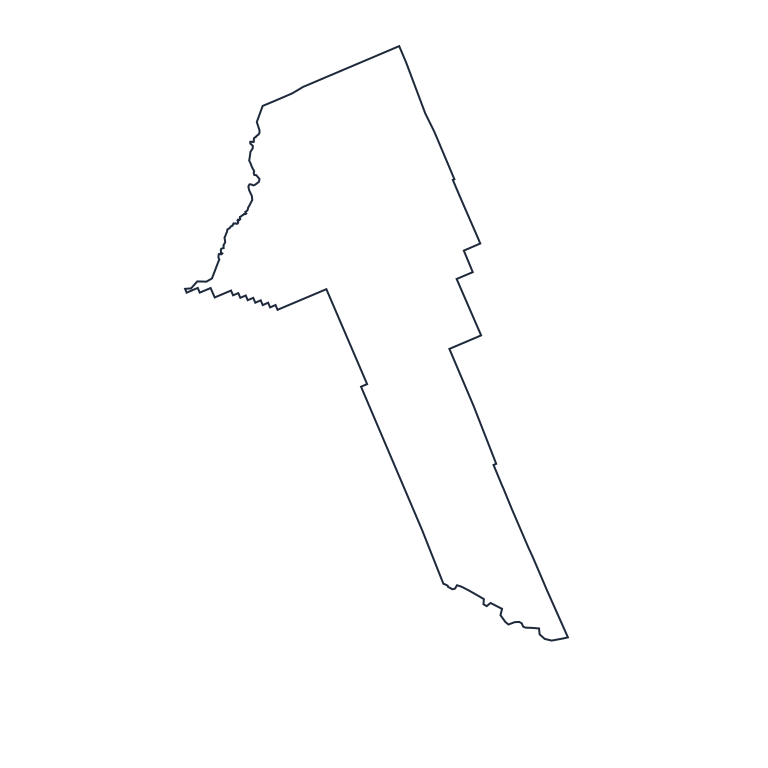 Gallatin, Montana, United States of America (Robinson projection), rotated 337°
{"feature_id": "52423323B38273154408522", "entity_name": "Gallatin", "entity_type": "district", "adm_level": 2, "iso_a3": "USA", "parent_name": "United States of America", "parent_adm1": "Montana", "projection": "robinson", "projection_center": [-111.391, 45.336], "detail": "fine", "context": "isolated", "style": "outline", "palette": "slate", "viewbox_px": 768, "rotation_deg": 337, "n_neighbors": 0, "source": "geoboundaries", "source_scale": "gbopen_adm2", "svg_char_len": 2532}
<svg xmlns="http://www.w3.org/2000/svg" viewBox="0 0 768 768"><g transform="rotate(337 384 384)"><path d="M530.0,78.9L470.2,78.9L450.6,78.9L425.6,78.9L413.1,80.6L392.7,80.7L381.0,80.6L369.3,93.1L368.5,101.9L367.5,104.2L366.8,104.7L366.3,105.2L365.2,105.5L364.4,105.7L363.4,106.0L362.6,106.3L362.3,106.7L361.9,106.7L361.2,106.6L360.4,106.9L359.4,108.6L359.2,109.5L358.7,109.9L358.5,110.3L357.9,110.1L357.2,109.6L356.7,109.3L356.2,108.9L355.5,108.8L355.3,109.1L354.9,110.4L356.3,113.6L355.2,115.8L351.8,118.1L349.5,122.0L347.2,125.7L347.4,129.1L347.2,131.8L347.4,135.3L347.7,137.2L346.5,138.9L346.3,141.0L348.0,141.8L349.5,146.7L347.9,149.0L345.3,149.7L342.7,150.3L341.3,150.1L339.5,148.2L338.1,147.7L336.4,149.1L336.0,150.5L335.6,153.4L335.7,155.9L335.8,159.5L334.6,163.2L332.2,165.1L330.0,167.0L327.8,168.6L326.7,170.3L325.4,171.1L323.6,171.4L323.6,172.6L323.8,173.2L323.0,173.5L322.5,173.1L321.5,172.8L321.0,173.3L319.8,173.3L317.7,173.9L316.7,173.9L316.1,175.1L316.1,176.1L314.5,176.6L314.3,175.9L313.7,175.7L313.0,176.2L313.1,176.9L312.9,178.3L312.1,179.1L311.0,179.0L310.3,178.2L309.0,178.0L308.4,177.4L307.2,178.1L306.5,179.1L304.6,179.1L303.0,180.1L300.2,180.6L299.0,182.5L297.3,184.1L295.9,185.6L294.3,187.1L293.9,189.1L293.3,191.3L291.8,192.6L290.3,193.7L290.2,194.7L289.6,195.6L289.5,196.2L288.7,196.1L287.1,195.9L286.3,196.6L285.3,199.1L285.8,199.8L286.2,200.6L285.0,201.1L284.3,200.7L284.0,200.3L282.7,199.9L282.1,200.8L281.2,202.4L281.0,203.5L281.0,205.2L279.9,206.1L279.7,206.3L266.9,219.6L260.5,220.4L252.2,216.6L243.8,220.6L238.1,218.7L238.0,222.8L250.1,222.8L250.1,227.9L261.9,227.9L262.0,238.2L279.7,238.2L279.7,243.4L285.4,243.4L285.4,248.5L291.3,248.5L291.3,253.6L297.3,253.6L297.3,258.9L303.2,258.8L303.2,264.0L309.1,263.9L309.1,269.0L315.0,268.9L315.0,274.1L368.0,274.2L368.4,377.5L361.8,377.5L362.0,533.5L360.6,591.1L361.3,591.6L363.8,594.5L363.7,595.8L366.8,599.7L369.3,600.1L372.6,597.8L376.1,600.8L381.2,606.9L391.9,621.0L389.5,625.6L391.7,628.6L396.5,627.2L404.8,637.1L400.9,642.3L402.7,650.4L404.6,654.0L411.3,654.3L415.6,655.9L417.3,658.3L417.3,661.7L419.3,663.7L424.7,666.2L431.2,669.6L429.4,675.3L432.4,681.5L438.1,685.7L449.8,688.3L454.3,689.1L453.4,636.5L453.4,621.7L453.3,600.4L453.0,591.6L452.8,549.7L453.1,525.6L453.0,524.8L453.2,501.3L456.1,501.3L457.9,439.2L457.9,377.2L492.4,377.2L491.9,315.7L509.4,315.7L509.6,292.4L527.5,292.3L527.5,284.3L527.2,252.9L527.1,238.4L527.1,223.0L528.8,223.0L528.9,171.6L527.7,151.2L530.0,96.9L530.0,78.9Z" fill="none" stroke="#1e293b" stroke-width="2"/></g></svg>